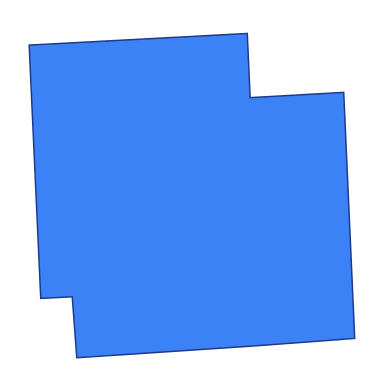 outline of Macon, Missouri, United States of America, rotated 176°
{"feature_id": "52423323B33706621992499", "entity_name": "Macon", "entity_type": "district", "adm_level": 2, "iso_a3": "USA", "parent_name": "United States of America", "parent_adm1": "Missouri", "projection": "equal_earth", "projection_center": [-92.511, 39.822], "detail": "fine", "context": "isolated", "style": "filled", "palette": "blue", "viewbox_px": 384, "rotation_deg": 176, "n_neighbors": 0, "source": "geoboundaries", "source_scale": "gbopen_adm2", "svg_char_len": 295}
<svg xmlns="http://www.w3.org/2000/svg" viewBox="0 0 384 384"><g transform="rotate(176 192 192)"><path d="M350.3,96.4L318.8,95.8L318.5,34.7L136.3,34.1L39.9,34.6L33.7,280.8L127.4,282.1L125.8,346.3L343.4,349.9L344.2,349.9L350.3,96.4Z" fill="#3b82f6" stroke="#1e3a8a" stroke-width="1.5"/></g></svg>